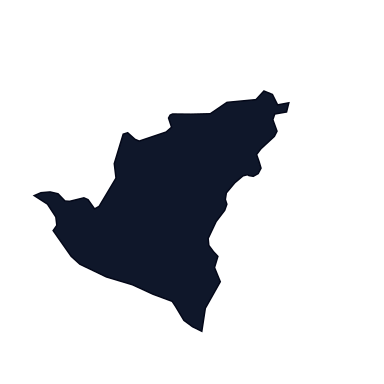 Kupe-Manenguba, Sud-Ouest, Cameroon (Mercator projection), rotated 226°
{"feature_id": "32672807B45405319599490", "entity_name": "Kupe-Manenguba", "entity_type": "district", "adm_level": 2, "iso_a3": "CMR", "parent_name": "Cameroon", "parent_adm1": "Sud-Ouest", "projection": "mercator", "projection_center": [9.612, 5.042], "detail": "fine", "context": "isolated", "style": "filled", "palette": "ink", "viewbox_px": 384, "rotation_deg": 226, "n_neighbors": 0, "source": "geoboundaries", "source_scale": "gbopen_adm2", "svg_char_len": 1026}
<svg xmlns="http://www.w3.org/2000/svg" viewBox="0 0 384 384"><g transform="rotate(226 192 192)"><path d="M283.8,94.4L290.6,90.0L296.4,82.9L299.0,76.0L283.7,79.6L268.6,76.7L261.9,71.6L260.7,65.3L229.6,60.4L217.9,61.2L190.4,71.4L166.7,84.7L145.4,93.0L127.1,101.8L125.5,101.5L121.2,100.7L105.2,97.0L94.7,98.8L85.0,102.3L99.1,120.8L107.8,150.0L122.0,155.7L127.7,165.9L134.2,166.0L141.9,167.0L147.4,171.4L154.0,188.9L156.1,202.8L159.0,208.6L163.5,210.8L167.5,216.1L168.9,229.2L168.2,239.9L165.9,243.9L164.2,244.4L160.7,247.0L159.3,252.4L161.2,258.2L167.4,261.4L174.1,264.5L175.2,271.7L174.8,289.9L176.7,295.4L187.9,300.4L190.6,305.7L183.9,315.6L188.9,323.6L195.2,314.1L206.3,317.6L214.7,313.9L214.0,302.2L232.2,279.4L235.6,259.5L248.6,245.4L261.6,232.2L262.5,229.7L261.5,226.5L252.8,222.3L253.1,215.1L265.3,189.4L269.5,187.6L279.3,186.9L281.4,182.7L266.4,155.8L254.8,147.0L249.2,126.4L246.2,115.2L247.5,110.2L258.7,111.9L262.9,110.2L270.3,97.5L273.7,94.4L283.8,94.4Z" fill="#0f172a" stroke="#020617" stroke-width="1.5"/></g></svg>